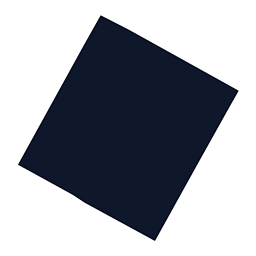 Lincoln, Wisconsin, United States of America, rotated 299°
{"feature_id": "52423323B27188266826921", "entity_name": "Lincoln", "entity_type": "district", "adm_level": 2, "iso_a3": "USA", "parent_name": "United States of America", "parent_adm1": "Wisconsin", "projection": "equal_earth", "projection_center": [-89.718, 45.337], "detail": "fine", "context": "isolated", "style": "filled", "palette": "ink", "viewbox_px": 256, "rotation_deg": 299, "n_neighbors": 0, "source": "geoboundaries", "source_scale": "gbopen_adm2", "svg_char_len": 306}
<svg xmlns="http://www.w3.org/2000/svg" viewBox="0 0 256 256"><g transform="rotate(299 128 128)"><path d="M213.5,206.0L213.6,81.6L212.6,50.2L179.5,50.0L43.3,50.3L43.5,112.0L42.4,126.9L43.0,205.6L64.8,205.6L130.4,205.6L195.2,205.8L213.5,206.0Z" fill="#0f172a" stroke="#020617" stroke-width="1.5"/></g></svg>